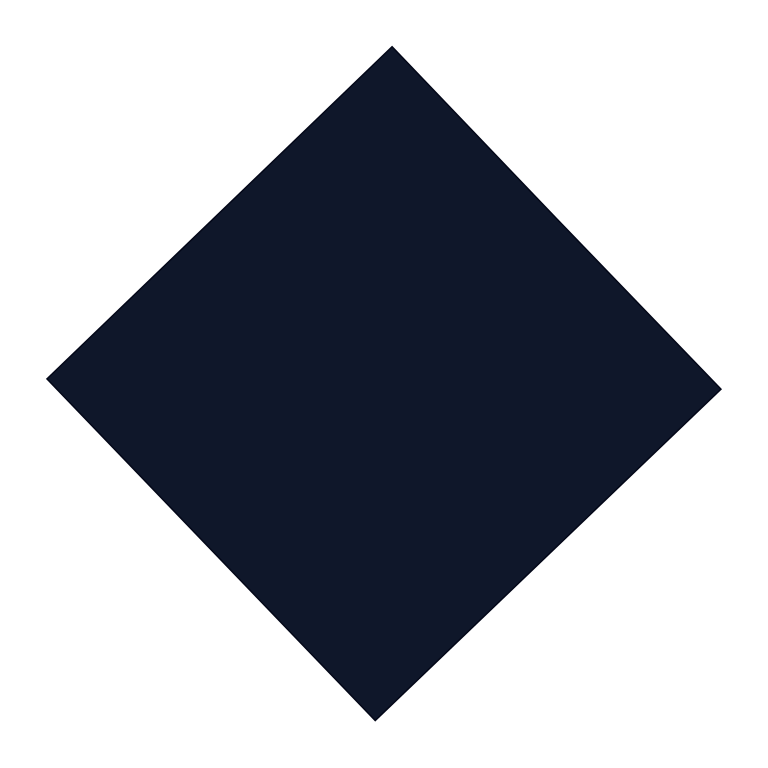 outline of Franklin, Iowa, United States of America, rotated 46°
{"feature_id": "52423323B30235683377135", "entity_name": "Franklin", "entity_type": "district", "adm_level": 2, "iso_a3": "USA", "parent_name": "United States of America", "parent_adm1": "Iowa", "projection": "mercator", "projection_center": [-93.212, 42.733], "detail": "fine", "context": "isolated", "style": "filled", "palette": "ink", "viewbox_px": 768, "rotation_deg": 46, "n_neighbors": 0, "source": "geoboundaries", "source_scale": "gbopen_adm2", "svg_char_len": 254}
<svg xmlns="http://www.w3.org/2000/svg" viewBox="0 0 768 768"><g transform="rotate(46 384 384)"><path d="M620.0,624.1L621.8,145.2L503.5,145.1L384.4,145.0L147.0,143.9L146.2,622.9L620.0,624.1Z" fill="#0f172a" stroke="#020617" stroke-width="1.5"/></g></svg>